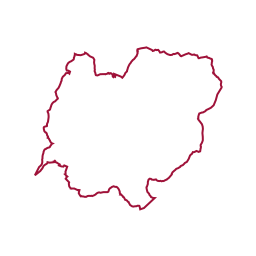 the district of Dumitra, Bistrita-Nasaud, Romania, rotated 350°
{"feature_id": "2599482B84114248322814", "entity_name": "Dumitra", "entity_type": "district", "adm_level": 2, "iso_a3": "ROU", "parent_name": "Romania", "parent_adm1": "Bistrita-Nasaud", "projection": "albers", "projection_center": [24.426, 47.212], "detail": "fine", "context": "isolated", "style": "outline", "palette": "rose", "viewbox_px": 256, "rotation_deg": 350, "n_neighbors": 0, "source": "geoboundaries", "source_scale": "gbopen_adm2", "svg_char_len": 5717}
<svg xmlns="http://www.w3.org/2000/svg" viewBox="0 0 256 256"><g transform="rotate(350 128 128)"><path d="M160.1,51.8L159.0,51.9L154.8,51.8L151.1,52.1L150.7,52.8L151.0,53.2L151.0,54.0L150.5,54.1L150.4,54.9L150.6,55.7L149.3,58.0L148.8,58.8L148.4,58.9L147.1,60.2L145.8,61.3L144.5,61.9L143.9,62.5L143.0,63.1L141.7,64.6L141.1,65.0L140.1,66.1L138.5,68.4L137.9,69.7L137.0,71.4L136.8,72.1L135.0,73.3L133.7,75.2L132.1,76.7L131.1,77.5L129.9,76.1L124.2,72.6L124.3,73.1L124.3,73.9L124.5,74.7L124.3,75.2L123.6,74.5L123.2,73.8L123.0,73.7L122.9,74.4L123.0,75.1L122.9,75.3L122.6,75.5L122.5,75.4L122.0,74.8L121.9,74.0L122.3,72.5L121.9,72.4L120.6,71.0L119.7,70.9L119.3,71.4L119.0,71.3L118.6,71.1L118.5,70.6L118.1,70.3L117.8,70.4L117.5,70.8L117.1,70.8L116.8,71.0L115.7,71.0L115.2,71.2L114.6,70.9L110.0,70.2L107.3,70.9L106.9,70.9L105.6,70.4L105.4,69.8L105.4,68.5L105.3,67.4L105.0,66.6L105.1,65.8L105.5,64.7L105.5,63.4L106.0,61.1L106.0,60.2L105.9,59.1L106.0,57.4L106.7,55.0L106.2,53.5L105.8,52.7L103.1,50.9L101.3,48.8L101.2,48.4L100.2,47.5L99.9,47.1L98.8,46.4L98.6,47.2L97.6,47.6L94.1,48.1L90.4,47.1L89.5,46.3L89.0,46.2L88.5,45.8L88.2,47.2L87.9,47.5L87.8,48.1L86.9,49.4L86.7,50.5L86.2,51.2L83.6,52.4L82.0,52.8L81.0,53.3L80.1,53.9L78.4,56.1L78.0,56.8L77.5,58.9L77.5,59.7L77.7,60.4L77.7,60.8L79.3,61.2L80.7,62.4L79.7,64.3L78.9,63.3L76.3,63.3L75.0,64.8L72.7,66.2L71.3,68.1L70.8,69.9L69.9,71.1L69.6,71.9L67.7,74.9L67.6,75.0L66.6,76.4L64.2,78.3L63.1,79.7L62.9,79.8L62.8,80.2L63.1,81.0L63.1,83.3L63.7,85.6L64.1,86.5L64.0,86.9L63.9,87.0L63.4,87.2L60.8,89.1L59.3,89.5L58.1,90.3L57.2,91.2L56.4,92.3L55.9,93.5L55.4,94.2L54.4,96.3L52.2,97.2L51.7,97.5L51.7,98.6L51.9,99.1L52.1,100.0L51.9,102.5L51.6,103.9L50.4,107.6L50.2,108.1L49.1,109.7L48.8,110.5L48.6,111.8L48.4,112.1L46.8,112.1L45.4,112.5L45.1,112.9L44.9,114.3L45.1,116.7L46.0,118.1L46.3,118.1L46.6,118.4L47.0,119.2L47.1,120.5L47.1,121.3L47.7,122.4L47.7,122.9L47.4,123.1L47.2,123.7L47.5,123.8L47.9,124.2L48.3,124.9L48.4,125.5L49.0,127.0L49.1,127.9L49.7,129.0L50.2,129.7L51.0,130.2L50.1,130.5L49.6,130.9L49.5,131.2L48.3,132.3L47.9,133.0L46.9,133.5L45.8,133.5L44.9,133.8L44.2,133.9L43.5,134.4L42.3,134.6L41.5,135.5L40.7,136.8L40.4,137.9L39.3,139.9L38.7,141.8L38.6,142.8L38.0,144.1L37.9,145.1L37.7,146.7L37.0,148.4L35.7,149.8L33.7,151.0L28.1,158.4L34.2,155.1L36.0,153.4L36.4,153.2L38.2,150.8L39.2,150.1L41.9,149.0L42.5,148.6L42.8,147.7L44.7,148.5L47.3,148.7L48.9,148.8L49.0,148.2L49.9,148.4L50.0,147.8L50.3,147.6L50.6,148.0L50.6,149.0L52.0,149.8L52.5,150.4L54.4,152.0L53.5,152.9L55.6,154.2L57.7,154.8L58.7,153.8L61.4,155.5L59.0,159.9L58.8,160.3L58.7,161.9L58.3,162.5L57.9,162.6L59.8,165.3L59.3,165.5L58.8,165.6L58.7,166.2L58.1,167.2L57.9,167.3L60.6,171.3L60.1,172.4L60.0,173.2L60.0,175.3L60.5,176.5L61.3,177.5L61.2,177.7L61.6,177.9L62.3,177.9L64.6,178.3L67.9,180.6L67.9,180.3L69.4,180.7L68.2,183.5L68.2,183.8L69.1,186.2L69.6,187.0L70.0,186.8L70.6,187.3L72.3,187.7L73.2,188.2L74.1,188.4L75.1,188.5L76.2,188.0L77.6,188.0L79.3,188.4L80.3,188.4L80.9,188.8L82.9,188.4L84.6,187.8L84.9,187.5L86.2,186.8L87.1,186.5L88.2,186.4L88.7,186.5L89.4,186.9L89.7,187.0L92.5,186.9L96.7,187.6L97.6,187.3L98.7,185.2L99.3,184.6L99.8,184.2L100.1,184.2L101.8,183.3L103.7,182.9L105.1,183.7L106.5,184.0L107.1,184.6L107.9,185.9L108.3,186.9L108.8,189.0L108.6,190.7L108.9,191.1L109.1,191.6L108.8,192.1L109.6,192.2L109.9,192.6L109.9,193.0L110.5,193.5L111.1,194.4L111.3,194.9L111.3,195.2L111.9,195.5L112.8,198.3L113.4,198.4L114.5,199.4L115.0,200.5L115.8,201.1L115.8,201.5L116.7,204.2L118.4,205.8L119.5,206.3L121.1,206.3L122.6,206.5L124.0,206.2L125.6,206.6L125.8,207.1L125.9,210.2L129.8,209.6L142.1,201.6L140.5,201.2L138.7,200.0L138.5,199.2L137.5,197.6L137.4,196.8L137.4,196.6L137.3,196.3L136.0,194.3L135.8,191.0L135.9,189.5L136.4,189.1L137.8,186.6L138.2,184.5L139.3,182.4L140.5,181.7L141.8,182.1L142.4,182.9L144.6,183.6L145.2,183.5L146.6,183.5L146.8,184.0L147.9,185.1L149.5,185.7L150.9,185.7L151.8,186.3L153.0,186.2L153.5,186.4L154.4,186.3L155.1,186.0L156.6,185.6L157.1,185.6L157.4,185.3L159.6,184.2L163.1,181.3L163.1,180.7L164.2,179.3L166.5,177.9L167.3,177.5L168.1,176.8L168.8,176.5L170.2,176.3L172.7,175.3L173.1,174.7L173.6,174.5L175.5,174.1L177.0,173.1L177.9,172.3L180.1,171.6L182.4,169.0L184.3,165.9L185.3,165.1L186.2,164.8L187.7,163.0L188.2,163.2L189.3,163.2L191.4,162.5L193.2,163.6L193.4,163.8L195.0,163.5L195.1,163.1L195.5,162.2L195.8,161.0L196.1,160.6L196.4,159.7L196.6,158.8L196.4,158.4L196.6,157.3L198.3,155.3L199.4,153.4L199.6,152.8L200.1,149.7L200.4,145.9L201.6,141.9L201.8,139.6L201.5,137.2L200.3,134.8L198.9,132.2L198.5,131.1L199.1,130.4L199.0,129.5L200.0,127.3L200.7,126.1L203.3,125.6L204.5,125.7L206.9,124.9L207.4,124.6L208.2,123.9L210.1,123.4L213.1,122.5L216.3,120.5L219.3,115.8L221.8,110.5L227.1,104.5L227.4,103.8L227.0,102.6L227.0,101.3L227.1,100.8L227.8,99.2L227.9,98.1L226.1,95.4L225.5,93.8L224.2,93.0L224.0,92.2L223.2,91.4L222.5,90.2L222.3,89.2L221.6,89.2L221.3,88.4L222.2,87.0L222.5,85.5L222.1,84.1L222.1,83.4L222.1,82.8L222.0,82.2L221.5,81.2L221.3,80.0L221.6,79.3L222.0,77.8L222.5,76.8L222.4,75.5L222.6,75.5L222.6,74.9L222.3,74.5L221.1,73.9L219.9,73.0L219.3,72.9L218.8,72.5L218.4,72.4L217.9,71.2L216.7,71.4L213.7,71.4L211.7,71.3L210.6,71.6L209.6,71.5L208.8,68.5L206.8,67.9L206.2,67.2L205.5,67.1L204.7,67.2L203.4,66.9L200.7,64.8L199.8,65.1L197.6,65.4L193.1,66.5L192.7,66.2L192.6,66.4L192.4,66.3L191.7,65.2L191.6,64.7L191.1,64.0L190.9,63.6L190.3,63.2L190.1,62.7L189.7,62.6L188.5,63.0L186.7,63.3L186.0,63.0L185.4,63.0L184.1,63.6L182.4,63.5L181.8,63.3L179.6,62.1L178.9,61.4L178.1,60.7L176.7,58.9L175.7,58.9L174.5,59.3L172.7,59.3L172.1,57.7L171.3,56.3L169.4,56.2L168.8,55.7L168.4,55.7L167.5,56.0L166.9,56.4L165.7,56.4L165.6,56.0L165.1,55.3L160.1,51.8Z" fill="none" stroke="#9f1239" stroke-width="2"/></g></svg>